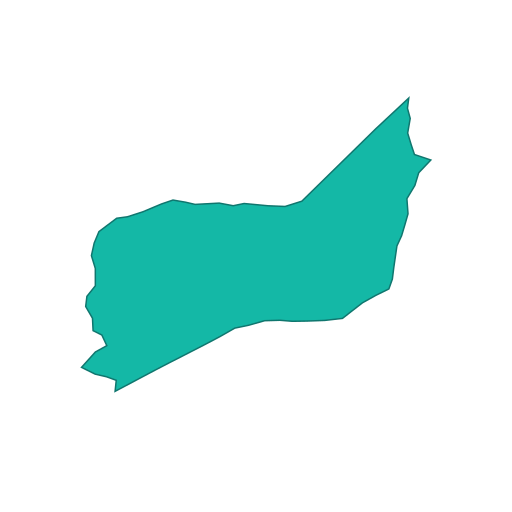 the district of Cachoeirinha, Rio Grande do Sul, Brazil, rotated 65°
{"feature_id": "56859067B54299641019683", "entity_name": "Cachoeirinha", "entity_type": "district", "adm_level": 2, "iso_a3": "BRA", "parent_name": "Brazil", "parent_adm1": "Rio Grande do Sul", "projection": "equal_earth", "projection_center": [-51.095, -29.919], "detail": "fine", "context": "isolated", "style": "filled", "palette": "teal", "viewbox_px": 512, "rotation_deg": 65, "n_neighbors": 0, "source": "geoboundaries", "source_scale": "gbopen_adm2", "svg_char_len": 939}
<svg xmlns="http://www.w3.org/2000/svg" viewBox="0 0 512 512"><g transform="rotate(65 256 256)"><path d="M319.1,440.9L316.8,395.8L316.1,379.5L315.6,365.2L314.6,339.0L313.8,322.7L312.4,305.7L315.6,292.2L318.3,275.5L324.3,261.6L330.5,250.7L336.5,237.3L343.4,221.0L349.1,204.0L346.4,192.4L343.4,179.2L342.3,163.9L342.0,149.5L334.6,142.2L324.7,136.0L306.4,124.0L299.2,115.5L291.0,108.2L282.0,100.4L267.8,95.0L259.2,82.2L249.3,73.3L242.9,57.0L231.0,69.5L220.6,68.3L208.7,66.6L196.5,58.1L186.1,56.3L177.4,50.8L191.2,93.3L225.7,191.3L223.4,208.7L215.6,223.8L203.4,244.6L200.8,255.4L192.5,267.0L183.5,289.4L177.4,297.2L170.2,307.6L168.9,319.6L168.1,340.1L166.1,356.0L162.9,366.3L167.5,388.0L175.9,397.2L186.1,405.0L199.4,406.9L215.1,414.2L221.1,426.3L229.8,431.7L243.3,430.5L254.8,435.2L262.5,429.1L274.2,429.1L275.1,442.1L283.2,461.2L295.1,451.7L302.3,442.5L309.6,435.2L319.1,440.9Z" fill="#14b8a6" stroke="#0f766e" stroke-width="1.5"/></g></svg>